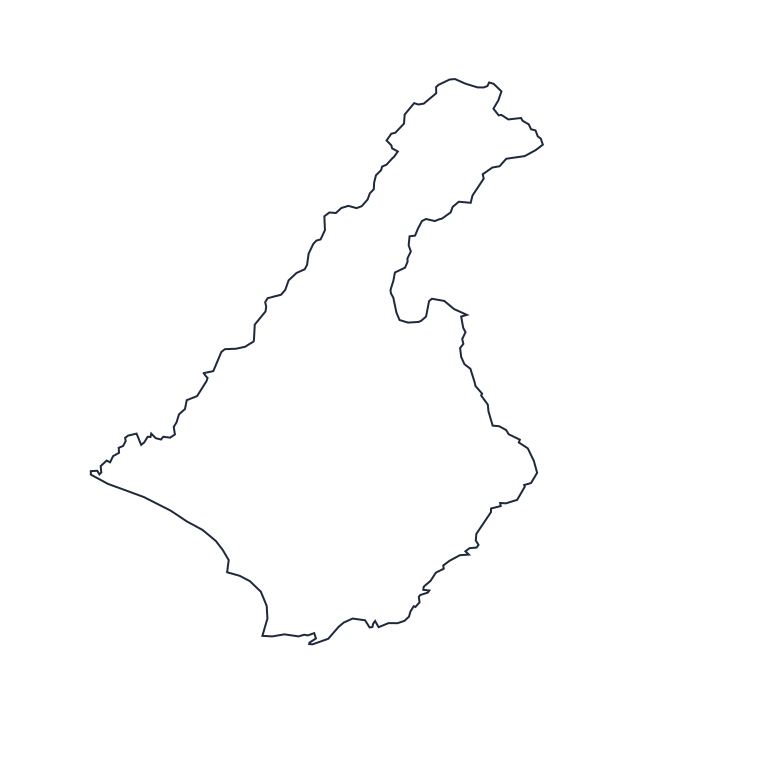 Juana Díaz, Puerto Rico (Natural Earth projection), rotated 49°
{"feature_id": "32010507B98584278063898", "entity_name": "Juana Díaz", "entity_type": "district", "adm_level": 2, "iso_a3": "PRI", "parent_name": "Puerto Rico", "parent_adm1": "", "projection": "natural_earth1", "projection_center": [-66.503, 18.064], "detail": "fine", "context": "isolated", "style": "outline", "palette": "slate", "viewbox_px": 768, "rotation_deg": 49, "n_neighbors": 0, "source": "geoboundaries", "source_scale": "gbopen_adm2", "svg_char_len": 3321}
<svg xmlns="http://www.w3.org/2000/svg" viewBox="0 0 768 768"><g transform="rotate(49 384 384)"><path d="M260.1,664.7L278.2,657.9L311.8,639.4L339.6,628.1L352.3,624.6L358.0,623.1L375.1,616.7L379.7,615.9L390.3,614.2L392.2,613.9L397.2,614.2L403.6,614.6L409.4,615.7L411.6,616.1L415.0,616.7L419.4,621.7L423.2,625.9L434.0,618.8L444.7,614.6L459.9,613.2L463.2,614.3L474.5,618.1L484.6,625.9L489.5,633.6L494.3,641.0L501.2,633.9L507.6,623.4L518.4,614.1L520.9,608.7L523.8,606.4L526.2,600.1L531.4,602.3L530.3,609.9L531.2,611.1L533.6,608.7L539.7,593.2L537.5,577.5L537.6,571.0L540.4,561.6L549.9,553.3L558.3,554.6L559.8,552.2L557.8,549.4L557.0,546.2L564.0,547.6L567.4,537.5L573.4,530.7L576.2,523.9L576.0,517.8L573.1,513.4L571.2,507.3L572.9,506.6L572.1,500.4L567.5,497.4L567.0,495.2L570.2,487.8L569.6,485.3L565.1,489.4L563.0,486.9L563.1,478.0L560.4,468.6L562.6,460.1L559.8,458.3L560.4,450.6L563.0,439.0L568.4,431.9L563.7,432.3L564.0,427.2L568.2,421.4L567.4,418.2L562.3,417.4L557.7,412.6L550.9,387.4L548.2,384.9L552.7,376.0L550.0,374.4L554.1,370.2L558.8,359.5L553.9,345.2L552.2,344.5L555.2,338.0L551.5,326.7L540.2,321.3L526.9,317.7L516.6,320.6L515.1,318.0L503.7,322.9L499.0,322.0L491.4,324.8L486.7,329.3L473.0,323.0L467.7,319.2L456.4,318.2L455.7,316.3L445.6,316.3L442.0,314.4L429.2,308.8L421.8,310.3L414.2,308.0L406.8,303.0L405.8,297.8L401.4,295.5L398.4,288.5L393.6,287.4L383.7,281.5L386.2,276.1L373.3,282.0L360.9,284.0L351.1,291.9L351.0,295.6L360.7,308.0L360.7,314.4L359.9,317.1L353.4,325.6L345.9,330.3L338.1,327.7L324.9,320.3L320.1,319.3L317.3,317.4L312.1,309.0L307.0,302.6L310.0,291.8L307.2,286.0L304.6,283.9L301.6,276.8L295.5,274.4L289.3,267.8L292.4,263.2L289.2,256.8L285.9,248.5L287.0,244.1L294.4,238.7L296.0,234.0L296.9,232.5L297.3,231.2L298.2,221.1L295.4,216.1L295.5,208.0L304.1,199.7L299.8,193.5L294.4,174.0L290.4,171.8L290.8,169.1L291.7,160.2L295.5,153.9L294.2,144.0L304.3,128.3L307.0,116.0L307.6,107.1L301.6,104.7L298.0,105.5L292.0,103.3L288.2,105.9L283.0,104.4L276.3,106.7L273.1,106.1L265.9,116.6L257.9,118.9L256.5,121.2L248.0,120.8L245.0,111.7L240.2,103.4L229.4,104.3L225.4,106.8L227.0,110.5L225.6,114.2L221.4,118.9L210.4,125.7L200.5,130.3L197.3,134.6L194.0,146.5L194.1,149.9L198.8,153.8L198.5,170.0L195.6,174.7L191.8,177.0L194.2,191.6L200.6,198.1L201.8,210.6L199.9,214.4L201.9,222.3L208.7,221.9L211.5,223.3L217.6,221.0L219.2,227.7L219.1,229.2L220.1,238.2L218.7,242.9L220.7,245.8L221.2,253.1L225.6,259.4L230.3,263.9L230.8,269.6L234.0,275.3L235.2,284.1L233.3,289.3L226.2,294.0L223.2,300.7L223.4,308.1L218.7,312.7L218.3,319.0L229.1,327.6L233.3,337.0L231.4,341.0L231.9,345.5L236.2,355.4L243.6,363.9L245.4,368.5L242.8,377.2L243.2,388.0L248.2,396.8L249.1,403.1L242.9,415.5L244.3,420.0L248.4,422.2L251.5,425.8L254.4,442.6L265.5,453.3L266.4,454.8L265.5,459.6L264.8,464.3L260.4,472.4L253.3,481.3L253.1,485.7L262.3,504.4L257.6,512.7L257.6,513.0L261.4,513.3L263.7,513.2L265.4,516.1L270.5,533.0L266.8,543.5L272.3,550.6L272.4,558.6L277.0,566.0L277.1,566.5L278.4,570.8L284.9,574.9L284.2,580.6L279.0,585.2L279.6,588.7L275.2,591.8L268.7,592.2L270.8,595.0L268.8,597.0L270.8,603.4L270.6,607.2L259.1,603.3L255.1,610.9L254.8,614.7L257.6,616.4L259.6,621.5L258.1,626.1L262.1,629.1L260.7,635.8L263.4,642.1L259.8,643.6L260.1,651.7L265.3,655.4L265.5,658.1L261.4,657.3L257.4,662.5L260.1,664.7Z" fill="none" stroke="#1e293b" stroke-width="2"/></g></svg>